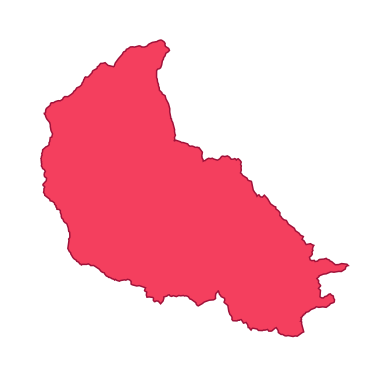 Huanuco, Huánuco, Peru (Albers equal-area conic projection), rotated 264°
{"feature_id": "86281439B77325652799034", "entity_name": "Huanuco", "entity_type": "district", "adm_level": 2, "iso_a3": "PER", "parent_name": "Peru", "parent_adm1": "Huánuco", "projection": "albers", "projection_center": [-76.232, -9.851], "detail": "fine", "context": "isolated", "style": "filled", "palette": "rose", "viewbox_px": 384, "rotation_deg": 264, "n_neighbors": 0, "source": "geoboundaries", "source_scale": "gbopen_adm2", "svg_char_len": 5888}
<svg xmlns="http://www.w3.org/2000/svg" viewBox="0 0 384 384"><g transform="rotate(264 192 192)"><path d="M216.6,244.1L218.1,243.3L220.2,241.5L220.0,240.5L219.2,239.4L220.4,238.6L220.8,237.9L220.3,236.5L220.5,234.4L222.8,232.9L224.2,231.0L223.8,228.4L224.5,226.3L224.2,225.1L222.0,223.0L221.0,220.6L222.6,216.9L223.5,215.7L223.2,214.2L223.8,212.0L222.8,209.6L221.8,208.2L221.9,207.3L221.5,206.4L222.9,206.4L225.0,205.5L225.8,205.7L226.5,205.4L230.5,206.5L235.4,203.6L235.3,202.9L235.9,202.4L236.1,199.7L237.0,198.5L237.7,196.8L237.7,194.9L238.6,193.6L240.3,192.7L242.2,188.2L242.2,186.9L243.2,185.7L245.2,181.4L244.7,180.0L244.9,179.7L246.1,180.3L248.2,180.3L250.3,181.5L251.3,181.1L254.2,180.9L255.7,181.2L263.1,180.1L265.3,179.2L266.9,179.2L267.5,178.5L268.4,178.7L273.8,178.2L277.2,178.6L282.3,177.8L287.3,175.8L290.6,175.3L292.7,172.6L294.0,172.4L296.7,170.2L299.2,170.3L301.2,169.7L302.6,169.9L305.0,169.2L308.0,169.2L309.5,168.7L316.5,169.5L317.8,170.7L318.1,172.6L318.9,173.8L321.5,175.1L325.4,176.2L327.2,177.5L328.6,177.8L330.0,179.3L332.7,180.5L334.0,183.1L335.2,184.4L337.2,183.8L339.6,180.8L341.4,180.5L342.6,180.8L344.4,179.8L346.2,177.6L346.4,176.4L346.0,174.2L345.3,173.0L344.9,168.1L343.5,164.4L341.7,162.3L341.1,159.6L341.6,156.9L342.4,156.2L342.9,154.7L342.1,149.9L342.6,148.3L342.7,145.9L341.2,143.4L340.8,141.7L339.1,140.7L338.5,138.7L337.1,137.5L336.4,137.3L332.4,132.9L328.3,129.2L325.1,127.7L324.8,127.2L326.7,121.7L329.7,119.1L329.3,116.9L329.4,114.5L327.0,112.3L326.4,110.9L325.1,110.6L324.6,110.0L323.1,106.3L322.3,105.5L321.3,105.3L317.4,101.0L317.1,99.7L317.6,98.1L316.9,97.2L316.0,97.0L315.2,96.2L312.9,95.2L312.0,94.2L310.1,93.4L308.6,91.4L307.6,88.3L305.2,86.4L304.7,85.2L303.1,84.1L301.8,82.3L299.8,78.6L300.2,75.5L299.3,74.0L297.6,72.9L296.5,70.4L296.8,68.5L296.2,65.5L295.3,63.7L295.4,61.3L294.4,60.4L293.5,60.3L292.7,59.6L290.4,56.0L288.9,55.1L286.4,54.6L285.7,53.9L285.7,53.3L285.1,53.3L283.5,54.4L282.6,54.3L279.9,55.2L276.0,57.7L273.6,58.1L271.9,57.9L267.8,58.2L264.4,59.4L261.2,58.2L261.0,56.7L257.1,55.8L255.8,54.9L254.0,54.9L252.6,53.1L252.2,51.5L249.6,47.9L247.4,47.5L246.0,46.6L244.4,46.8L243.2,46.0L241.9,45.8L241.1,45.2L239.7,45.5L238.6,45.2L237.7,45.6L236.9,45.2L235.6,45.5L233.7,44.9L232.3,45.6L230.9,45.9L229.8,47.4L227.9,48.3L227.5,48.3L226.9,47.4L224.9,46.8L223.6,46.8L222.7,47.0L221.0,48.8L218.5,48.3L215.2,44.6L214.0,44.6L212.9,45.9L212.3,46.0L210.6,45.0L209.3,45.0L207.1,44.3L205.6,45.2L204.1,45.2L199.8,49.7L198.1,50.0L197.3,52.2L195.6,54.0L194.1,54.1L192.6,55.3L191.5,55.1L190.4,55.8L188.9,55.9L188.5,58.0L187.3,59.1L185.3,58.9L182.9,59.6L181.2,59.4L179.6,59.8L178.4,60.9L176.4,61.3L174.7,62.6L174.1,63.6L173.2,64.3L169.2,65.2L165.8,65.3L164.8,66.1L160.7,65.9L159.3,65.6L158.1,64.4L156.8,64.6L148.8,62.6L145.6,63.8L144.4,64.9L143.1,65.0L139.3,66.7L137.9,67.7L136.1,69.9L135.2,70.1L134.0,72.0L132.3,72.8L131.9,73.8L131.0,74.3L131.5,75.5L131.0,79.6L131.4,81.3L130.3,82.9L129.4,83.6L129.2,86.6L125.0,91.7L122.5,93.3L121.5,94.6L120.7,96.4L119.5,96.7L117.5,98.0L116.5,99.7L115.8,100.2L115.7,101.1L114.8,102.6L114.0,103.5L113.5,105.0L112.5,105.9L113.1,106.7L111.9,108.1L110.9,110.5L111.4,111.7L111.7,115.8L111.3,116.6L111.4,117.8L111.9,118.5L111.3,120.6L109.5,122.1L106.8,121.8L106.0,122.8L104.3,127.2L104.4,129.8L101.6,135.8L99.0,134.5L98.5,134.7L97.2,136.5L94.4,135.8L92.1,136.2L92.1,138.5L91.2,142.1L90.4,142.6L88.4,142.2L86.9,143.1L86.8,143.7L87.4,145.1L86.9,147.1L84.1,149.1L86.6,151.8L89.2,152.9L90.5,152.9L91.1,156.1L92.0,157.5L92.1,158.7L90.9,159.4L90.3,160.9L90.9,162.5L89.6,165.5L90.5,168.1L89.9,169.9L90.0,172.6L89.3,173.8L89.5,175.2L88.3,177.4L85.8,178.8L85.3,180.1L81.5,184.3L80.3,184.4L78.6,185.4L78.1,186.4L80.0,190.7L81.3,192.7L82.6,197.9L82.5,202.1L83.1,203.6L83.7,204.3L85.9,204.4L88.5,205.1L90.6,207.6L91.4,207.8L87.1,208.7L86.5,209.4L84.9,210.1L82.9,213.3L80.9,213.3L79.8,212.6L78.8,212.4L75.4,215.8L69.6,216.1L66.3,216.9L64.9,218.0L63.2,218.7L61.0,218.4L59.7,219.3L59.1,223.3L59.6,224.3L59.5,226.0L60.0,226.6L59.9,227.7L56.2,229.5L56.6,232.2L54.1,233.5L51.3,233.7L50.8,235.0L49.3,235.6L48.5,236.3L50.0,237.5L50.2,238.2L49.0,242.3L47.4,243.6L46.8,247.5L47.2,248.6L47.0,250.3L47.4,252.8L45.6,253.8L45.4,256.2L45.5,256.9L47.9,260.4L48.3,261.6L45.3,263.2L43.2,263.2L41.1,265.6L40.8,267.4L39.4,269.2L39.0,270.5L39.2,272.6L37.7,277.4L38.1,279.5L37.6,281.6L40.6,286.8L41.2,288.5L49.6,287.2L51.3,287.5L52.0,287.1L52.2,286.5L53.4,287.6L54.0,287.2L55.2,287.7L55.7,287.3L56.6,288.7L57.8,289.4L57.9,290.2L58.8,290.7L59.3,292.1L60.3,292.5L60.9,295.5L62.6,297.9L63.8,302.1L64.9,303.6L64.0,306.1L64.1,310.0L63.3,313.4L65.3,316.9L66.5,318.0L67.2,321.1L67.8,322.0L70.1,322.5L71.5,321.7L73.2,321.7L74.1,321.4L74.8,319.9L76.2,319.0L76.1,317.6L74.3,314.9L74.2,313.3L72.9,311.6L73.2,309.7L74.4,308.3L80.8,309.5L82.8,307.7L83.7,308.4L84.9,309.9L85.6,310.1L88.4,308.3L90.6,308.7L92.9,307.1L94.6,309.5L95.3,309.6L96.6,314.2L96.6,316.9L98.1,321.8L97.4,324.8L97.7,329.8L97.3,332.2L99.4,336.4L101.6,337.2L102.4,338.7L102.5,339.7L104.0,338.5L105.2,333.3L104.5,330.3L104.7,326.9L108.2,323.6L108.7,322.3L110.0,321.5L111.2,319.1L112.0,318.5L111.5,316.2L111.6,311.9L111.2,310.9L110.1,309.6L110.0,307.1L111.2,306.5L111.2,303.9L112.2,302.4L114.9,302.0L115.9,303.7L117.2,304.9L117.8,305.2L119.7,305.0L121.4,306.2L122.4,305.7L125.2,306.8L126.2,307.6L127.0,306.0L128.2,304.5L127.8,300.0L131.7,298.3L133.4,296.5L136.1,298.1L137.8,295.3L139.9,294.1L142.7,290.8L145.2,290.0L149.9,284.5L153.8,282.9L154.9,280.3L157.0,278.5L158.4,277.9L159.3,276.9L162.2,277.3L164.3,275.9L166.5,273.6L168.4,273.7L169.0,272.3L172.0,268.9L177.6,266.4L181.3,263.6L179.5,261.4L180.1,259.5L182.2,258.3L181.9,257.1L181.0,256.2L183.8,255.3L184.8,254.4L187.5,253.1L195.9,252.3L196.5,252.0L197.5,249.5L198.2,248.7L200.0,248.2L203.2,244.1L205.1,243.1L205.9,242.2L208.6,243.3L211.2,243.3L212.8,243.8L214.4,243.2L216.6,244.1Z" fill="#f43f5e" stroke="#9f1239" stroke-width="1.5"/></g></svg>